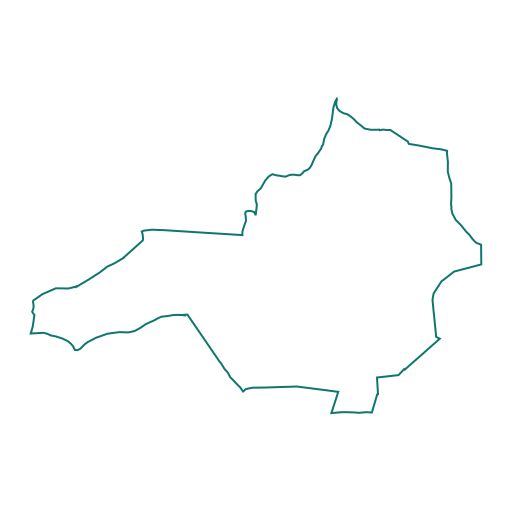 the district of Songea Urban, Ruvuma, United Republic of Tanzania
{"feature_id": "72390352B83796809810419", "entity_name": "Songea Urban", "entity_type": "district", "adm_level": 2, "iso_a3": "TZA", "parent_name": "United Republic of Tanzania", "parent_adm1": "Ruvuma", "projection": "albers", "projection_center": [35.59, -10.637], "detail": "fine", "context": "isolated", "style": "outline", "palette": "teal", "viewbox_px": 512, "rotation_deg": 0, "n_neighbors": 0, "source": "geoboundaries", "source_scale": "gbopen_adm2", "svg_char_len": 3512}
<svg xmlns="http://www.w3.org/2000/svg" viewBox="0 0 512 512"><path d="M336.8,98.9L335.4,101.2L333.4,107.5L332.0,118.6L330.4,125.8L328.3,130.8L326.1,134.3L325.2,136.5L324.1,139.1L323.1,144.5L322.1,145.8L321.7,146.8L321.1,148.7L318.1,153.0L315.2,156.7L315.0,157.3L312.8,162.1L312.2,163.6L311.7,164.8L311.3,165.4L310.2,167.3L310.1,167.6L308.2,169.4L306.5,170.3L304.2,171.1L302.5,173.2L300.1,175.2L297.3,175.2L294.2,174.7L292.8,174.7L290.7,174.8L288.5,175.4L286.1,176.5L285.4,176.6L283.9,176.4L282.4,176.3L279.4,175.7L276.6,175.4L272.4,174.2L268.7,176.5L265.2,180.6L260.8,188.3L257.2,191.6L255.6,194.0L255.7,199.2L255.7,200.4L256.1,201.9L256.9,204.6L256.8,205.2L256.8,205.3L256.8,205.6L255.9,213.1L255.7,215.3L255.6,215.0L255.3,214.5L254.9,213.6L254.3,212.5L254.0,211.9L253.6,211.8L252.6,211.5L251.0,211.1L248.9,210.9L247.3,211.2L245.9,211.6L245.8,211.8L245.6,212.1L245.4,213.1L245.2,214.0L245.7,216.4L245.9,219.1L246.0,221.0L244.7,224.3L243.6,227.6L242.6,230.9L242.4,232.3L242.3,233.8L242.4,235.1L194.5,232.1L163.1,230.1L159.3,230.0L154.8,229.8L152.0,229.7L146.6,230.3L144.2,230.6L143.3,230.8L141.8,231.5L142.5,233.7L142.8,236.1L143.1,239.6L142.7,240.5L130.1,251.8L123.9,257.3L124.0,257.6L114.1,263.5L107.3,266.6L106.7,267.1L99.0,273.0L97.6,273.8L89.5,279.0L88.6,279.6L77.7,286.1L77.8,285.9L74.5,287.0L68.4,288.5L55.9,288.3L42.5,294.1L33.3,300.5L33.0,301.9L33.4,304.1L33.6,305.8L33.5,306.9L33.5,308.0L33.0,309.7L32.6,310.6L32.2,311.7L32.8,312.9L34.4,314.9L34.4,315.0L32.8,326.3L31.4,331.3L30.7,333.5L36.8,333.2L43.4,332.8L47.4,333.8L50.7,335.4L56.2,336.5L62.6,338.6L67.7,341.1L70.8,343.6L73.0,346.1L74.3,348.8L74.9,349.9L77.3,350.2L80.1,348.9L83.2,345.8L84.8,344.2L88.0,341.9L90.2,340.8L96.1,337.7L97.9,337.1L107.2,333.8L111.9,333.1L112.8,333.0L118.9,332.2L119.4,332.1L121.1,332.2L128.4,332.4L133.8,331.2L134.9,330.9L140.7,327.7L145.5,324.3L148.1,323.1L154.3,320.3L155.1,319.9L157.5,318.5L161.7,316.6L162.1,316.6L166.9,316.1L170.2,315.6L172.8,315.1L177.7,314.9L182.0,315.0L184.5,315.4L184.3,314.8L187.4,314.6L206.8,342.9L217.8,359.0L219.2,361.1L221.2,363.5L221.5,364.0L222.9,366.3L224.8,369.4L227.1,371.7L227.3,372.0L228.5,373.9L230.1,377.0L230.3,377.3L232.7,379.7L236.2,383.4L240.4,387.6L243.1,391.5L246.0,389.0L252.5,387.7L261.3,387.6L266.5,387.5L284.5,386.9L287.7,386.8L289.5,386.8L296.9,386.5L299.6,386.9L306.9,387.8L325.8,390.2L331.0,390.9L337.7,391.8L337.9,391.8L338.3,391.8L337.8,393.2L335.7,399.8L331.4,413.1L341.4,412.2L347.8,412.2L353.5,412.4L359.2,412.8L366.3,412.2L371.9,412.5L372.1,411.7L375.9,398.9L377.2,394.4L378.0,394.2L377.0,377.5L395.9,375.4L398.5,375.1L404.1,369.1L404.7,369.7L439.8,338.7L436.2,336.9L434.9,324.0L434.7,321.9L433.6,311.2L433.5,310.5L433.5,310.3L432.5,299.8L433.6,293.5L441.5,281.3L443.8,279.6L453.3,272.2L454.0,271.6L464.3,268.9L466.7,268.3L481.3,264.4L481.1,244.7L476.1,242.7L472.8,239.4L469.3,234.7L466.2,231.7L460.9,225.1L455.8,220.0L452.4,213.6L451.3,208.8L451.4,206.1L451.0,205.1L451.4,197.6L451.3,190.7L451.2,183.3L449.4,178.1L447.8,171.7L447.8,171.2L447.9,161.9L446.9,152.9L447.1,150.8L441.4,149.4L441.1,149.3L433.5,148.4L432.5,148.3L426.3,147.0L422.2,146.2L419.8,145.7L416.8,145.2L408.9,143.9L408.7,143.6L408.6,143.3L408.0,141.9L407.8,141.5L404.1,139.1L390.2,129.9L387.8,130.1L383.0,129.6L379.7,130.2L379.2,129.6L378.8,129.7L371.1,129.8L367.3,129.1L364.5,128.5L361.3,125.8L357.0,122.5L353.9,119.2L351.3,117.0L347.7,114.4L343.5,113.2L341.3,112.0L339.2,110.7L337.2,108.2L336.3,105.1L336.3,101.9L337.0,99.5L336.8,98.9Z" fill="none" stroke="#0f766e" stroke-width="2"/></svg>